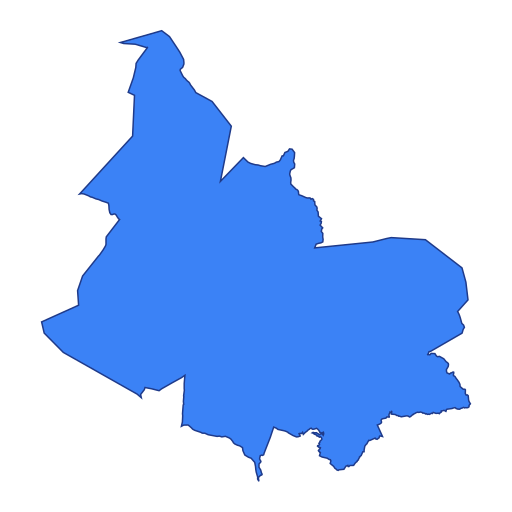 Coatecas Altas, Oaxaca, Mexico
{"feature_id": "50627088B89957955277288", "entity_name": "Coatecas Altas", "entity_type": "district", "adm_level": 2, "iso_a3": "MEX", "parent_name": "Mexico", "parent_adm1": "Oaxaca", "projection": "natural_earth1", "projection_center": [-96.617, 16.524], "detail": "fine", "context": "isolated", "style": "filled", "palette": "blue", "viewbox_px": 512, "rotation_deg": 0, "n_neighbors": 0, "source": "geoboundaries", "source_scale": "gbopen_adm2", "svg_char_len": 6072}
<svg xmlns="http://www.w3.org/2000/svg" viewBox="0 0 512 512"><path d="M372.8,242.0L314.7,247.9L316.1,244.2L318.6,243.3L320.8,242.9L322.8,241.9L323.1,239.4L322.7,237.0L322.8,233.4L321.3,231.5L321.8,228.9L322.7,227.9L320.1,225.1L321.2,223.2L321.4,221.5L320.2,221.0L321.5,218.7L318.4,216.2L318.1,212.0L316.9,210.2L317.1,208.5L316.9,207.1L314.9,204.8L314.7,201.5L313.5,200.8L313.5,199.4L312.2,198.6L311.0,199.2L310.3,198.1L309.3,197.9L307.5,198.0L305.9,197.6L301.7,195.7L299.0,194.8L298.7,194.3L298.4,191.5L297.9,190.5L296.8,189.5L295.9,189.2L295.1,188.4L295.0,188.1L293.4,186.7L290.8,184.0L290.7,182.2L291.0,180.2L290.9,177.9L289.8,174.9L289.7,173.8L290.3,171.1L290.9,169.8L294.4,167.7L294.7,164.0L293.7,162.2L293.5,160.2L294.1,158.7L294.4,156.2L294.6,152.6L292.1,149.2L289.5,148.9L287.9,151.3L284.9,152.5L283.4,155.8L282.1,155.9L280.3,160.0L278.9,161.6L276.4,162.1L274.4,163.3L270.6,164.3L265.2,166.5L260.4,165.7L258.2,165.0L255.2,164.7L250.6,163.4L248.0,162.1L243.4,157.6L220.4,181.4L231.3,126.2L212.1,101.5L195.8,92.6L194.4,90.0L190.5,84.9L189.6,83.1L188.6,81.9L187.7,81.3L186.2,79.8L185.4,78.7L183.7,77.3L182.6,75.6L180.1,70.5L180.3,69.3L182.6,67.4L183.5,65.1L183.9,64.0L183.9,62.4L183.6,59.4L179.8,52.2L176.1,46.5L169.5,36.6L161.7,30.7L120.4,42.5L123.7,43.5L135.2,44.2L146.7,47.6L147.8,47.1L138.2,60.0L136.1,63.4L135.8,67.5L133.3,77.9L128.2,92.3L134.5,95.3L132.6,136.1L79.6,194.0L81.6,193.6L84.1,194.0L88.6,195.8L90.5,196.9L92.3,197.3L96.0,198.9L98.6,199.5L102.0,201.0L106.1,202.3L108.4,203.2L108.9,205.7L109.1,209.4L109.8,212.7L111.0,214.5L112.3,214.6L114.1,213.9L115.3,214.2L116.3,215.2L117.2,216.8L118.6,218.8L119.6,219.5L106.3,236.8L106.0,238.9L106.0,244.4L105.5,245.9L103.2,249.8L99.3,255.3L98.6,255.9L82.6,276.0L77.6,290.6L78.6,305.2L41.6,321.9L44.2,333.1L63.3,352.4L137.1,394.1L141.3,397.7L140.6,394.5L144.3,389.7L145.0,387.5L151.7,388.8L159.1,390.7L161.6,388.8L172.5,382.6L181.4,377.7L184.9,375.3L184.2,383.5L184.2,389.1L184.4,389.9L183.6,396.0L183.8,396.6L183.4,401.4L183.7,404.4L183.2,404.9L182.5,413.7L182.7,415.8L182.4,422.0L181.4,426.3L183.7,425.1L188.0,425.0L189.4,426.0L191.4,427.8L192.7,429.2L194.7,430.3L201.0,432.4L201.7,432.9L202.8,433.2L204.8,433.2L208.1,434.7L217.1,436.4L219.4,436.1L221.8,436.9L225.4,436.3L229.4,438.0L230.9,439.1L232.8,441.5L233.4,442.7L234.7,443.9L237.4,445.2L239.6,445.8L242.5,447.6L242.9,450.6L244.8,455.0L248.4,457.2L251.1,458.2L254.7,462.3L255.5,466.4L255.8,469.6L256.2,472.0L257.5,476.5L257.7,477.3L257.6,479.0L258.9,481.3L258.4,478.1L258.8,477.0L260.8,475.1L261.2,475.2L261.9,474.8L262.1,474.2L261.4,472.7L260.7,470.0L259.0,467.3L259.0,464.0L260.7,462.1L260.9,461.3L259.6,459.1L259.7,457.9L260.3,455.6L261.8,455.1L262.6,455.4L263.7,454.7L264.1,453.2L270.3,437.3L273.7,427.1L276.4,428.2L277.9,429.4L284.3,430.8L285.6,431.2L287.8,432.2L288.3,432.6L288.3,432.8L293.0,435.5L296.4,436.9L297.9,436.8L300.1,436.1L300.0,435.3L299.0,433.7L299.3,433.5L299.7,433.4L301.6,433.5L302.6,432.3L303.3,434.4L305.3,432.4L307.2,431.0L308.2,429.9L309.3,429.3L310.1,428.5L311.3,428.2L312.3,429.2L313.8,429.2L316.6,428.3L317.7,429.1L318.7,430.2L319.6,431.7L319.7,432.2L321.4,432.9L322.1,432.8L323.4,432.2L323.7,433.4L323.5,434.7L323.2,435.3L322.4,434.0L321.8,433.7L321.3,433.9L319.9,434.2L319.6,434.7L316.4,432.7L314.3,432.8L313.1,432.4L312.3,432.9L313.3,433.2L314.1,434.0L316.6,435.1L317.1,436.1L318.0,436.0L319.4,437.2L320.1,437.0L320.4,436.7L321.5,437.7L321.9,439.1L321.8,439.4L320.9,440.4L319.9,441.3L319.9,442.2L318.9,443.3L319.5,444.1L319.5,444.5L318.4,445.6L317.7,445.6L317.5,446.1L318.6,447.1L320.4,447.7L320.1,448.8L319.5,449.0L318.4,450.7L319.4,451.9L319.5,451.7L320.4,452.6L319.5,455.7L322.0,457.0L327.2,458.2L329.2,459.5L330.4,459.7L330.6,460.5L330.9,460.9L330.2,463.5L333.6,466.3L335.0,468.4L335.8,468.8L336.8,469.9L338.2,470.4L339.0,469.8L343.9,469.3L345.9,466.2L347.8,465.4L348.1,466.5L348.8,466.6L349.9,465.5L353.6,465.4L355.1,463.2L356.2,462.1L357.1,461.5L357.3,460.6L358.4,459.9L358.7,458.6L359.6,457.5L359.5,456.9L361.2,455.5L362.8,451.8L363.5,451.7L364.0,451.8L364.1,451.6L364.1,450.0L364.8,446.2L366.2,444.3L366.8,443.9L367.9,441.8L368.8,440.3L369.7,440.5L375.1,438.1L375.5,438.4L375.6,438.9L377.1,439.3L379.1,437.8L379.6,436.1L380.6,436.0L382.5,436.5L377.3,425.0L379.8,424.0L381.1,423.1L381.5,422.4L381.5,421.8L381.1,420.6L381.2,419.9L382.1,418.9L382.8,418.7L385.5,418.2L386.2,417.9L386.7,417.1L387.1,416.9L389.2,417.1L389.3,416.8L388.9,415.0L389.2,414.0L389.9,412.8L389.9,412.3L390.7,412.7L391.5,411.4L391.7,411.5L391.7,412.1L391.4,414.1L395.3,414.5L396.8,415.5L398.2,415.6L398.7,416.2L399.2,416.1L401.3,416.8L406.9,415.8L408.4,416.2L409.5,417.0L410.5,416.6L413.0,414.4L413.3,414.5L413.8,413.9L414.5,413.7L416.1,412.7L417.6,412.2L418.4,412.4L419.5,412.3L420.4,412.0L422.4,412.6L422.9,413.2L423.5,413.0L425.0,413.5L425.6,414.0L426.4,413.7L426.8,414.1L427.7,414.4L428.2,414.1L429.3,414.4L431.7,413.2L432.4,413.5L433.2,412.4L436.0,413.4L438.4,413.2L439.3,413.7L440.6,412.3L441.0,412.3L441.4,411.9L441.3,410.9L442.7,410.8L444.0,410.3L445.9,411.4L446.2,410.7L446.2,409.9L446.6,409.4L447.1,409.2L452.1,408.5L453.0,408.1L455.0,407.6L455.7,408.0L456.0,408.5L457.8,409.1L459.7,409.2L461.0,408.3L462.1,408.1L463.2,407.5L463.8,407.4L464.5,407.9L465.8,407.6L466.8,407.8L467.9,407.6L469.0,406.8L469.1,405.3L470.4,403.8L469.0,401.4L468.6,399.9L468.2,395.7L467.3,394.9L466.2,395.1L465.3,393.5L465.4,389.8L465.0,389.3L464.3,389.2L463.3,389.3L460.3,386.7L460.1,386.4L459.9,384.3L459.0,382.3L457.2,379.7L456.2,378.5L455.2,376.8L454.6,376.2L453.5,375.7L453.4,374.4L453.8,372.9L453.6,372.1L452.8,372.1L451.4,372.9L450.6,373.0L449.6,374.0L447.0,372.9L446.5,371.3L446.4,369.6L448.2,366.5L448.5,364.7L448.3,363.5L447.3,362.5L446.1,361.7L443.8,358.8L439.5,356.4L437.6,356.7L436.5,356.1L434.9,353.6L431.1,353.4L430.0,354.7L429.1,354.8L428.4,354.4L427.2,354.9L428.1,354.0L429.0,351.7L430.6,351.3L462.1,333.1L463.2,329.3L464.4,327.4L463.6,325.1L461.8,323.4L460.3,317.9L459.6,315.8L458.8,313.8L457.6,311.5L468.0,299.9L465.9,282.2L462.0,267.9L425.4,239.7L391.2,237.6L386.7,238.5L372.8,242.0Z" fill="#3b82f6" stroke="#1e3a8a" stroke-width="1.5"/></svg>